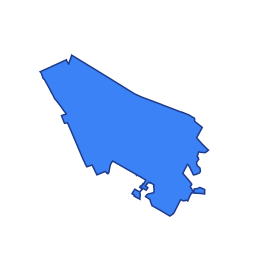 Babiciu, Olt, Romania (Robinson projection), rotated 49°
{"feature_id": "2599482B4228575474869", "entity_name": "Babiciu", "entity_type": "district", "adm_level": 2, "iso_a3": "ROU", "parent_name": "Romania", "parent_adm1": "Olt", "projection": "robinson", "projection_center": [24.569, 44.021], "detail": "fine", "context": "isolated", "style": "filled", "palette": "blue", "viewbox_px": 256, "rotation_deg": 49, "n_neighbors": 0, "source": "geoboundaries", "source_scale": "gbopen_adm2", "svg_char_len": 5822}
<svg xmlns="http://www.w3.org/2000/svg" viewBox="0 0 256 256"><g transform="rotate(49 128 128)"><path d="M221.9,154.2L222.2,152.0L222.2,151.8L222.3,151.6L222.3,151.2L222.3,150.8L222.3,150.4L222.3,150.0L222.3,149.7L222.2,149.2L222.1,148.8L221.9,148.3L221.8,148.1L221.7,147.8L221.6,147.5L221.2,146.5L220.5,144.9L220.4,144.6L220.1,143.8L219.6,142.5L219.4,142.2L219.1,141.4L217.7,137.9L217.5,137.4L216.9,135.9L216.6,135.2L218.6,134.4L219.1,134.2L219.4,133.9L219.5,133.8L219.7,133.4L219.9,133.1L220.3,132.4L220.5,132.1L220.8,131.5L220.9,131.2L221.0,131.2L221.5,131.0L221.9,130.9L222.3,130.8L221.5,129.1L220.9,128.1L220.1,126.3L219.7,125.6L219.5,125.1L219.4,124.6L219.3,124.2L219.1,123.8L218.8,122.9L218.7,122.5L219.1,122.1L219.8,121.4L220.3,120.9L221.3,120.0L221.5,119.8L222.0,119.3L223.1,118.1L225.0,116.2L225.9,115.4L227.0,114.3L227.3,114.1L227.6,113.9L228.1,113.5L227.5,112.9L226.4,112.0L225.7,111.3L224.7,110.5L224.3,110.7L223.8,110.9L223.2,111.2L222.4,111.6L221.5,112.0L220.0,112.8L219.8,113.3L219.7,113.9L219.6,114.2L219.5,114.7L219.4,115.0L219.0,115.8L218.6,116.3L218.2,117.0L217.7,117.6L217.4,118.1L217.8,118.5L219.1,119.9L219.6,120.5L219.4,120.7L216.3,120.1L215.7,119.9L215.1,119.8L213.8,119.7L213.4,119.6L213.0,119.5L212.8,118.3L212.7,117.7L212.6,117.2L212.1,116.7L211.7,116.7L210.8,116.6L209.5,116.5L203.6,116.4L202.3,116.4L201.0,116.4L199.6,116.4L198.3,116.5L197.0,113.5L196.4,112.0L195.9,110.6L195.2,109.0L195.0,108.6L194.7,107.7L194.5,107.1L194.9,106.9L195.5,106.8L195.9,106.8L196.2,106.9L196.6,107.0L197.0,107.1L197.4,107.1L198.1,107.2L199.0,107.4L199.4,107.5L199.6,107.6L200.0,107.7L200.4,107.8L201.0,108.0L201.3,108.1L201.6,108.2L202.3,108.3L203.0,108.5L204.1,108.8L204.7,109.0L205.2,109.1L205.9,109.3L206.4,109.4L206.7,109.0L206.9,108.3L207.1,108.0L207.5,107.4L207.8,106.8L208.0,106.1L208.3,104.9L208.4,104.7L208.5,104.6L208.6,104.4L208.7,104.2L208.7,103.5L208.7,103.2L208.6,102.7L208.4,102.3L208.2,101.9L207.9,101.6L207.5,101.2L206.9,100.9L206.2,100.5L205.9,100.2L205.6,100.0L205.3,100.0L204.8,100.0L204.4,100.1L204.1,100.1L203.5,100.1L203.0,100.3L202.8,100.4L202.0,100.5L201.8,100.4L201.3,100.1L200.7,100.0L199.9,99.6L199.4,99.2L199.1,99.0L198.8,98.2L198.5,97.3L198.3,96.4L198.1,95.6L198.0,95.2L197.9,95.0L197.5,95.0L197.2,95.0L196.9,95.0L196.7,94.9L196.5,94.6L196.4,94.4L194.8,94.5L194.6,94.2L194.3,93.5L192.4,90.3L194.1,89.0L197.2,86.0L197.5,84.0L197.5,81.8L195.4,82.1L194.5,82.2L193.3,82.2L191.1,82.4L190.6,82.4L189.3,82.5L188.4,82.6L180.4,82.6L176.3,71.6L166.6,73.3L166.2,72.9L164.3,71.4L163.9,71.5L163.4,71.7L162.7,72.0L161.6,72.4L161.0,72.5L160.7,72.7L159.7,73.0L159.2,73.1L158.9,73.2L157.3,73.8L157.0,74.0L156.7,74.2L156.1,74.5L155.5,74.8L154.8,75.2L153.9,75.6L151.6,76.8L151.7,77.0L151.1,77.3L144.6,80.8L143.9,81.1L143.4,81.4L142.3,82.0L141.9,82.2L132.8,87.1L132.4,87.2L113.6,97.4L106.8,100.5L99.6,102.8L77.5,109.6L36.1,122.7L36.2,122.8L36.4,123.3L37.5,125.0L38.3,126.4L38.5,126.5L38.4,126.7L40.1,129.8L40.4,130.3L40.8,130.7L40.8,130.8L37.7,130.4L36.1,129.7L27.9,157.4L29.1,157.3L29.5,157.4L31.0,158.0L31.7,158.2L33.7,159.1L34.3,159.4L34.6,159.5L34.8,159.5L35.0,159.5L36.7,159.3L36.9,159.3L38.5,159.6L39.1,159.8L43.5,160.7L46.6,161.4L48.4,161.8L49.7,162.2L51.0,162.5L52.2,162.7L54.7,163.2L56.2,163.7L57.3,164.0L57.6,164.1L58.4,164.1L62.3,164.2L64.3,164.3L66.6,164.5L68.9,164.7L70.1,164.8L72.3,165.1L74.3,165.1L75.2,165.2L75.9,165.2L76.1,165.4L76.9,165.5L75.0,170.1L82.6,172.8L82.8,172.8L83.0,172.7L84.2,170.4L84.5,170.3L88.5,171.5L106.5,177.3L116.2,180.5L121.4,182.2L130.1,184.6L130.3,184.5L132.3,179.5L132.5,179.4L143.0,182.2L145.9,173.6L146.7,173.6L148.0,173.6L148.0,173.3L148.0,173.2L148.3,173.2L148.9,173.2L149.1,173.2L149.3,173.2L149.3,172.5L149.2,172.1L149.0,171.8L148.9,171.4L148.3,170.8L146.4,168.4L145.7,167.5L145.2,166.9L145.0,166.5L144.5,165.8L144.1,165.1L143.8,164.4L143.6,163.9L143.5,163.5L143.3,163.0L143.2,162.5L143.0,161.7L142.9,161.2L143.6,161.0L144.6,160.6L147.1,159.8L148.6,159.2L150.9,158.4L151.9,158.1L152.6,157.8L153.4,157.5L155.3,156.9L157.1,156.3L158.9,155.6L159.9,155.3L160.7,155.0L164.0,153.8L165.2,153.4L166.4,153.0L167.6,152.6L168.5,152.3L168.9,152.5L168.8,152.2L170.0,151.8L171.4,151.3L171.9,151.1L172.4,150.9L173.2,150.5L173.6,150.5L176.1,149.7L177.0,149.4L177.8,149.1L179.0,148.7L179.2,149.1L179.4,149.8L179.8,150.8L180.1,151.9L180.2,152.2L180.5,152.9L179.8,153.1L180.4,154.3L180.5,154.7L180.8,155.3L180.2,155.5L180.8,156.6L180.0,156.9L180.6,158.1L183.3,157.2L183.7,160.0L183.8,161.2L178.6,163.0L179.1,164.6L179.5,166.0L180.2,168.1L182.6,167.3L182.8,167.6L183.3,167.5L183.5,168.0L184.6,167.6L184.8,167.6L186.9,166.8L189.6,165.7L189.0,165.3L188.3,164.6L187.5,163.8L186.8,162.8L186.6,162.6L184.0,161.0L183.5,156.2L186.2,155.3L186.9,155.1L186.8,154.7L186.5,153.9L186.4,153.0L186.2,152.6L186.0,152.1L185.4,152.2L184.8,152.5L183.5,152.9L183.1,153.0L182.8,150.5L182.7,149.5L182.5,148.3L182.5,148.0L184.0,147.5L183.8,147.0L184.6,146.7L186.2,146.2L186.5,146.1L186.8,146.0L187.1,145.9L187.5,145.8L187.9,145.7L188.0,145.7L188.1,145.8L188.4,146.4L188.5,146.6L188.8,146.8L188.9,147.0L189.5,147.2L189.6,147.3L189.8,147.4L189.9,147.5L190.2,147.8L190.3,147.9L191.0,148.3L191.4,148.6L191.6,148.8L192.1,149.2L192.3,149.4L192.7,149.7L193.0,150.2L193.5,150.7L193.6,150.8L193.6,151.1L193.6,151.3L193.5,151.5L193.1,152.2L192.9,152.5L192.7,152.9L192.6,153.2L192.3,153.6L192.0,154.3L191.8,154.6L191.3,155.3L191.2,155.6L191.1,155.9L191.0,156.3L190.9,156.6L190.9,156.8L190.8,157.1L190.8,157.4L190.8,157.8L190.9,158.4L190.9,158.7L191.0,159.0L191.2,159.4L191.3,159.6L191.3,159.8L191.5,159.8L192.3,159.5L193.0,159.2L194.2,158.9L195.1,158.7L196.3,158.4L197.4,158.9L199.2,159.6L200.5,160.1L202.2,160.8L203.5,160.4L204.6,160.0L207.2,159.1L209.4,158.3L210.9,157.8L211.9,157.4L212.4,157.3L215.3,156.3L216.9,155.8L221.2,154.4L221.9,154.2Z" fill="#3b82f6" stroke="#1e3a8a" stroke-width="1.5"/></g></svg>